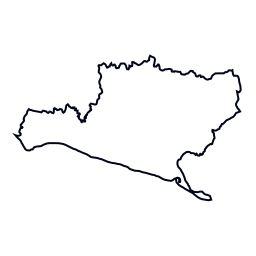 the district of Parrita, Puntarenas, Costa Rica
{"feature_id": "36466004B95019586049956", "entity_name": "Parrita", "entity_type": "district", "adm_level": 2, "iso_a3": "CRI", "parent_name": "Costa Rica", "parent_adm1": "Puntarenas", "projection": "equal_earth", "projection_center": [-84.334, 9.549], "detail": "fine", "context": "isolated", "style": "outline", "palette": "ink", "viewbox_px": 256, "rotation_deg": 0, "n_neighbors": 0, "source": "geoboundaries", "source_scale": "gbopen_adm2", "svg_char_len": 5748}
<svg xmlns="http://www.w3.org/2000/svg" viewBox="0 0 256 256"><path d="M192.6,71.0L190.5,70.9L187.9,73.5L186.4,73.7L185.1,74.3L184.9,74.7L184.2,74.7L183.2,74.4L182.0,74.4L181.4,74.1L180.9,73.4L180.6,72.4L180.2,71.9L178.7,71.9L175.1,71.2L174.5,71.3L174.0,71.8L173.1,71.3L172.5,71.3L172.3,71.6L172.0,71.6L171.7,71.3L171.6,69.6L170.6,69.1L168.8,68.9L166.7,69.3L165.1,69.3L164.4,69.6L163.8,70.2L162.7,70.6L161.5,70.3L160.2,69.6L159.9,69.1L159.6,68.3L159.5,66.5L159.0,65.8L159.0,65.1L158.6,64.5L157.8,64.5L157.3,65.5L156.3,66.5L155.0,66.4L154.5,66.6L154.1,66.5L153.9,65.8L153.9,64.7L154.5,62.7L154.9,60.2L154.9,59.3L154.6,58.4L154.0,57.6L152.1,56.9L150.1,55.8L149.2,57.8L149.1,58.6L149.3,59.8L149.1,60.2L148.3,60.5L147.3,61.5L146.7,61.7L146.0,61.6L145.5,61.1L144.0,61.2L142.6,62.7L140.8,64.2L139.3,64.9L138.3,65.1L136.2,63.8L135.8,63.3L134.7,63.1L134.0,62.3L132.3,62.0L132.1,62.6L132.3,63.2L132.3,64.4L132.0,66.1L131.4,66.3L129.4,65.6L129.3,66.4L129.7,67.3L128.9,67.9L128.7,69.2L128.4,69.4L127.1,69.2L126.7,68.3L125.9,65.6L125.5,64.8L124.4,63.5L121.9,63.5L120.7,63.7L119.9,65.2L119.3,65.9L119.0,67.6L117.0,68.2L116.4,68.2L116.0,67.8L115.8,67.4L115.7,66.2L114.7,64.6L114.1,64.6L113.4,65.3L112.5,65.5L111.6,64.6L111.3,63.3L110.3,64.4L109.9,66.1L109.7,66.5L109.0,66.3L108.5,66.6L107.8,67.5L107.0,67.6L105.4,64.4L104.3,63.6L103.6,63.3L101.1,65.3L99.0,65.1L98.5,65.7L98.5,66.2L99.1,67.2L99.2,67.9L99.2,68.8L98.8,70.6L98.8,72.4L100.3,73.9L100.8,74.9L101.1,76.2L101.1,76.9L100.7,78.2L99.3,81.3L99.3,82.7L99.6,83.8L100.4,85.7L100.1,87.6L101.4,89.0L102.1,91.1L102.2,92.2L101.4,93.3L99.6,94.2L99.1,95.2L99.2,98.3L97.4,99.9L96.7,103.5L96.2,104.3L95.0,104.6L92.2,103.8L90.7,103.7L90.1,104.4L89.7,105.2L89.7,105.7L90.5,106.1L90.8,106.5L90.8,107.0L90.4,108.4L91.1,109.2L91.2,110.0L90.9,110.3L89.8,110.6L89.7,111.3L88.1,112.4L87.3,113.4L86.9,115.0L86.0,115.2L85.9,118.0L85.4,118.1L84.7,117.3L84.5,117.9L84.5,119.0L85.2,120.9L85.0,121.5L83.8,121.5L82.8,120.3L82.2,120.3L81.8,122.2L81.6,122.2L80.5,119.8L79.0,118.7L78.7,117.9L79.0,117.4L79.0,116.8L77.8,116.4L78.1,115.7L79.8,114.4L79.8,113.9L79.6,113.5L79.1,113.3L77.4,113.2L77.3,112.4L77.6,111.2L77.6,110.6L76.4,110.6L75.2,110.3L76.0,108.9L76.0,108.6L73.6,108.4L73.7,108.1L74.0,107.4L73.0,107.4L72.1,108.0L71.5,108.0L70.7,107.5L70.3,107.0L69.1,106.4L68.4,104.7L67.8,104.3L66.3,105.5L65.8,108.5L65.4,109.9L64.4,112.0L63.4,112.7L62.6,111.8L61.9,109.7L61.6,109.4L60.1,109.0L58.7,109.9L57.1,110.1L56.3,109.1L54.5,109.0L54.5,108.3L53.9,108.6L53.8,111.9L53.7,112.4L53.3,113.1L52.1,112.8L51.2,112.1L49.8,111.5L49.5,111.6L48.4,112.9L47.9,112.9L47.1,112.4L46.2,111.4L43.0,110.7L42.7,110.8L41.7,112.1L41.2,112.4L40.1,112.0L32.8,110.7L31.6,110.1L29.3,109.8L28.9,109.2L27.4,111.2L26.7,114.0L24.9,116.0L24.4,116.8L23.7,118.8L23.7,119.4L24.0,119.9L23.9,121.0L20.7,125.0L20.7,125.8L20.9,126.1L22.3,127.0L22.5,127.4L22.0,128.0L20.6,128.1L19.9,129.7L19.3,131.6L19.4,132.2L20.6,133.5L20.6,134.9L19.3,135.6L18.2,135.8L17.1,135.8L15.4,135.2L17.9,138.1L19.7,139.6L20.6,140.7L21.7,143.1L22.7,144.5L23.1,145.5L25.3,149.1L26.0,149.7L26.7,150.1L27.6,150.4L29.9,150.4L31.3,149.4L32.6,149.4L33.5,148.4L33.8,147.6L34.3,147.2L36.3,146.6L41.1,146.1L43.4,144.8L46.7,143.5L49.7,143.1L58.6,143.2L63.2,144.0L65.6,144.9L73.2,148.7L76.3,149.7L78.3,150.9L80.6,151.7L81.6,152.3L86.7,154.3L89.5,156.0L90.1,156.6L91.4,157.1L97.8,158.1L98.6,158.5L101.8,159.3L108.0,161.9L112.5,163.0L114.6,163.2L117.5,163.9L119.8,164.2L122.4,165.1L123.3,165.7L127.1,166.8L128.1,167.4L129.8,169.0L134.8,170.7L139.1,171.0L143.0,172.3L145.6,172.8L152.1,174.7L154.5,175.1L156.5,176.1L158.4,176.4L162.3,178.7L164.8,179.8L170.4,180.8L171.4,180.8L173.0,180.0L174.3,178.8L175.6,178.5L176.3,178.0L177.3,177.7L178.6,177.9L179.5,178.4L180.0,179.5L180.2,180.3L180.2,181.4L180.0,182.0L179.2,182.1L179.1,181.2L179.4,179.7L179.3,179.2L178.2,178.2L176.9,178.0L176.1,178.6L175.9,179.2L176.5,182.3L178.7,184.8L180.6,186.2L182.9,187.3L184.7,188.6L193.4,193.5L194.2,194.4L198.0,197.3L200.0,198.4L202.2,199.2L208.0,200.2L208.7,200.2L211.2,199.7L210.6,197.7L210.0,196.1L208.0,195.0L206.2,194.7L204.9,194.2L203.7,193.3L202.3,191.7L199.8,191.6L197.9,192.2L194.0,191.9L190.5,189.8L189.3,186.8L189.0,186.1L188.3,185.3L187.5,183.3L186.8,182.7L185.1,180.0L184.8,178.3L182.7,173.1L182.2,172.6L180.6,169.4L178.7,167.4L178.1,166.5L177.5,164.6L177.4,162.8L177.7,161.3L178.0,160.5L179.0,159.6L180.4,159.3L181.6,156.6L183.4,154.2L186.4,152.1L188.5,151.8L190.1,152.3L191.1,153.1L193.6,153.2L194.6,153.9L195.6,154.9L196.0,154.6L196.3,153.7L196.5,153.6L196.8,154.0L196.9,154.6L197.5,155.4L198.2,155.4L199.0,155.7L199.4,155.6L200.3,153.8L201.2,154.0L201.4,154.9L201.7,154.9L203.0,153.8L203.2,152.4L204.6,151.3L204.8,150.9L204.9,149.3L206.0,148.2L206.3,147.3L206.6,147.2L207.5,146.0L210.5,144.0L211.8,144.2L212.1,144.0L213.6,139.6L214.0,138.8L214.5,138.4L214.5,137.4L214.0,135.3L213.9,133.6L213.4,132.6L213.0,132.2L212.7,132.2L212.5,131.9L212.3,130.5L212.5,129.9L212.9,129.9L214.3,130.6L216.1,130.5L216.9,130.1L217.7,129.4L218.3,129.4L219.4,128.8L219.9,126.9L220.8,126.4L221.0,125.5L221.6,124.9L221.9,124.0L222.5,124.0L223.5,123.5L226.5,120.3L229.4,119.0L231.5,117.7L233.0,117.0L234.7,115.3L235.4,114.0L236.1,113.0L240.1,111.5L239.0,109.7L237.5,108.2L237.2,107.5L236.1,105.2L236.0,104.1L236.6,102.6L238.5,99.2L237.0,91.4L238.9,92.3L239.4,92.1L240.6,90.3L240.6,88.3L240.2,85.3L239.3,82.2L238.9,79.0L238.1,76.6L237.2,75.8L233.8,75.7L233.0,74.1L232.4,70.2L231.7,70.6L229.0,70.3L227.5,71.7L226.8,72.1L225.4,72.1L223.7,73.3L215.6,73.4L214.9,73.7L212.8,75.2L212.1,76.0L211.1,78.3L210.6,78.9L209.1,79.0L208.1,79.5L206.8,79.5L205.0,78.5L203.2,76.7L202.2,76.6L201.7,77.0L201.0,77.1L200.4,75.4L198.8,75.5L197.7,76.5L196.5,76.4L196.1,76.1L195.0,73.3L192.6,71.7L192.6,71.0Z" fill="none" stroke="#020617" stroke-width="2"/></svg>